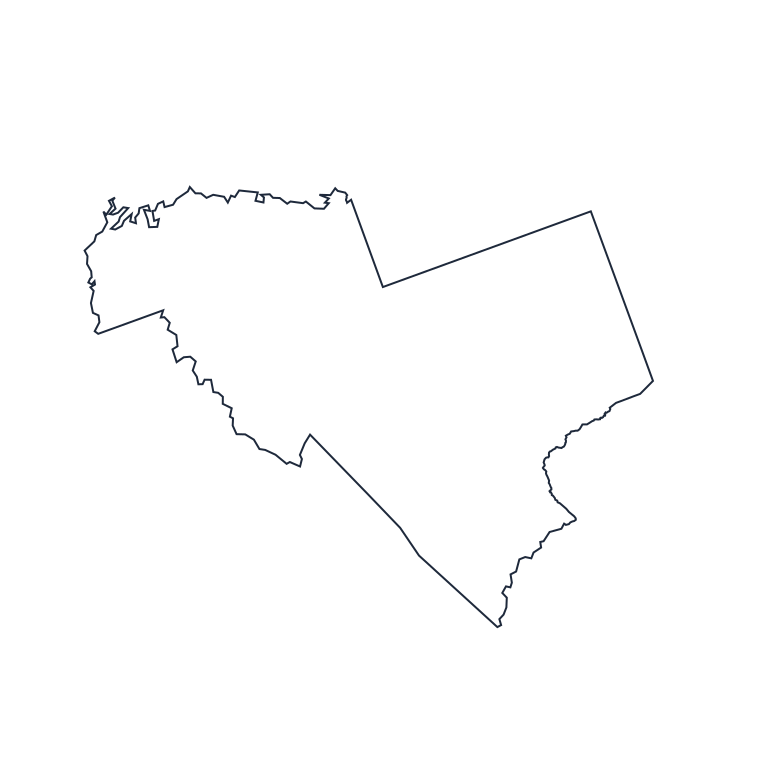 the district of Gila, Arizona, United States of America, rotated 340°
{"feature_id": "52423323B99315051552268", "entity_name": "Gila", "entity_type": "district", "adm_level": 2, "iso_a3": "USA", "parent_name": "United States of America", "parent_adm1": "Arizona", "projection": "robinson", "projection_center": [-110.874, 33.741], "detail": "fine", "context": "isolated", "style": "outline", "palette": "slate", "viewbox_px": 768, "rotation_deg": 340, "n_neighbors": 0, "source": "geoboundaries", "source_scale": "gbopen_adm2", "svg_char_len": 3538}
<svg xmlns="http://www.w3.org/2000/svg" viewBox="0 0 768 768"><g transform="rotate(340 384 384)"><path d="M179.3,126.0L179.3,137.4L171.4,144.4L164.5,145.6L160.6,150.9L148.3,156.2L149.1,162.5L146.0,169.6L147.4,177.9L145.8,183.8L143.9,184.5L140.9,187.5L143.5,190.4L147.1,188.4L146.4,191.7L141.2,192.7L143.0,197.2L136.3,207.7L134.8,217.6L139.2,221.9L137.7,228.6L130.2,235.5L132.6,239.1L201.7,239.2L197.0,245.2L200.5,246.1L203.6,253.2L199.3,259.0L205.6,266.9L202.9,277.9L197.1,279.1L196.6,292.6L205.0,290.4L211.3,292.1L214.8,298.4L208.9,305.9L210.6,313.1L209.5,320.8L213.5,322.1L216.9,318.6L222.9,320.9L220.9,333.2L225.2,335.6L228.2,340.9L225.7,347.5L232.6,354.7L228.0,362.0L230.4,364.6L227.6,371.3L228.3,380.7L236.4,383.9L242.7,391.8L244.7,402.5L249.8,405.3L257.9,413.4L265.2,425.7L268.8,425.1L276.9,432.8L281.2,426.4L280.7,421.9L289.2,412.6L297.2,406.3L325.3,469.0L330.7,481.0L350.0,524.7L355.6,546.9L358.2,557.2L407.4,651.2L411.6,650.6L412.0,644.4L417.5,641.6L422.6,635.8L426.3,626.8L423.7,620.8L429.4,615.9L433.2,618.3L436.2,614.4L437.8,606.2L444.0,605.4L451.2,595.1L457.5,594.9L462.8,598.2L466.9,593.5L475.7,591.4L476.8,585.9L480.2,586.3L489.0,579.7L501.2,580.7L505.5,576.8L505.7,577.0L506.7,578.6L509.8,578.9L511.7,577.8L514.0,577.6L515.9,577.8L517.8,577.2L518.2,575.8L517.5,573.4L514.0,567.5L512.6,563.6L509.1,557.3L508.4,556.1L506.7,554.6L506.9,552.8L505.4,551.4L505.5,549.5L504.6,546.7L503.7,545.8L504.1,544.5L503.7,542.7L503.1,542.6L502.9,541.3L504.2,540.7L505.2,540.4L505.7,538.9L505.5,538.5L505.4,536.8L505.4,535.0L505.0,533.3L506.1,531.3L506.0,528.8L505.9,526.8L505.6,524.7L505.7,523.2L506.6,521.7L506.0,520.0L505.1,518.9L504.6,517.2L505.8,516.3L507.1,515.6L507.3,514.8L507.3,514.0L507.2,512.3L509.1,509.7L511.0,508.7L512.5,508.8L513.4,509.2L514.5,508.2L514.8,506.7L515.6,504.9L516.7,504.2L517.8,504.3L520.3,503.5L523.1,503.2L523.7,502.3L525.0,502.3L526.2,503.4L529.0,504.9L529.8,504.5L531.7,504.3L533.5,502.8L534.3,501.3L534.8,501.2L535.6,499.6L535.6,498.0L537.3,496.5L537.2,494.8L539.2,494.4L541.5,494.3L543.6,492.6L546.3,493.2L548.2,493.4L550.0,494.1L552.3,493.4L554.6,491.6L556.6,489.9L558.0,490.3L560.9,491.4L563.8,490.8L566.9,490.1L568.6,490.1L569.6,489.3L571.9,490.0L573.0,490.6L575.0,491.0L575.5,490.0L576.5,489.8L577.1,490.4L578.5,490.1L579.6,489.1L580.9,489.4L581.4,488.6L581.0,487.6L582.5,486.5L583.0,487.1L584.1,487.0L584.8,486.7L586.6,486.6L588.1,484.9L588.0,483.5L595.6,481.1L600.9,481.1L614.7,480.9L615.5,480.9L621.3,480.9L637.8,473.1L637.8,461.5L637.8,441.8L637.4,292.5L416.1,292.5L416.1,199.6L411.3,201.1L411.4,200.2L411.2,198.2L411.4,197.6L412.6,196.2L412.8,195.1L413.6,194.1L414.0,193.9L413.0,190.9L406.5,186.7L405.1,183.4L398.3,188.2L388.0,184.1L395.6,190.8L390.5,193.4L393.9,195.2L387.5,198.8L378.7,195.2L373.0,185.8L369.8,186.4L358.5,180.5L354.7,181.5L349.7,173.6L343.4,171.1L341.5,166.6L333.0,164.1L335.0,167.6L332.8,172.2L325.9,167.9L330.9,160.8L314.1,152.6L307.8,157.3L304.7,154.7L299.3,160.1L297.8,153.4L288.2,147.8L280.9,148.4L277.2,142.3L272.0,140.3L268.9,132.5L265.6,135.9L252.3,139.3L247.1,143.4L238.3,142.7L239.0,136.9L233.2,137.4L228.3,142.7L225.6,142.2L223.8,152.1L228.8,152.1L224.7,158.8L216.9,156.3L218.2,148.4L218.0,138.2L223.3,141.3L223.6,135.5L214.3,135.1L211.8,139.8L207.1,142.5L205.9,148.1L201.1,144.4L205.0,138.0L195.5,141.7L191.7,145.8L184.3,146.9L180.6,144.7L190.2,140.6L193.0,136.9L203.8,131.2L199.5,128.8L192.7,132.1L187.3,132.1L184.3,130.4L191.7,127.4L191.4,118.9L194.9,116.8L188.2,117.8L189.1,123.9L181.0,129.9L179.3,126.0Z" fill="none" stroke="#1e293b" stroke-width="2"/></g></svg>